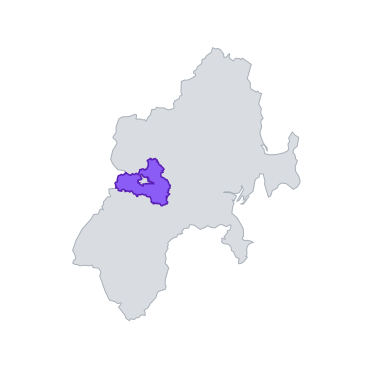 Ukraine, with Kiev highlighted, rotated 293°
{"feature_id": "UKR-321", "entity_name": "Kiev", "entity_type": "Region", "adm_level": 1, "iso_a3": "UKR", "parent_name": "Ukraine", "parent_adm1": "", "projection": "albers", "projection_center": [30.544, 50.332], "detail": "fine", "context": "in_parent", "style": "filled", "palette": "violet", "viewbox_px": 384, "rotation_deg": 293, "n_neighbors": 0, "source": "natural_earth", "source_scale": "10m", "svg_char_len": 9412}
<svg xmlns="http://www.w3.org/2000/svg" viewBox="0 0 384 384"><g transform="rotate(293 192 192)"><path d="M259.6,255.3L263.9,261.1L267.5,264.1L269.2,264.1L273.8,261.6L276.8,262.1L279.4,259.9L286.3,260.8L284.6,264.8L283.9,268.9L275.1,271.0L271.6,268.9L268.1,269.3L266.3,272.3L263.0,274.5L262.0,276.8L255.6,277.1L251.5,279.3L248.4,283.9L245.0,286.8L242.2,287.8L237.7,286.9L234.1,284.2L236.5,275.6L235.3,271.0L232.5,269.0L229.0,268.9L224.3,265.4L219.0,266.0L217.2,264.3L227.7,255.6L230.0,255.2L236.4,250.5L235.0,247.0L232.3,248.0L228.4,245.3L216.3,247.9L208.8,243.8L205.4,243.4L204.5,242.4L208.0,241.3L208.2,239.7L203.3,238.8L200.6,236.9L214.1,238.5L217.6,235.0L213.9,236.4L210.1,235.7L208.7,234.6L207.0,231.2L206.8,226.5L205.1,222.3L203.8,220.9L206.4,227.8L205.9,234.5L200.2,234.2L200.7,231.5L198.1,235.1L193.7,235.3L188.0,237.0L185.7,243.9L178.3,253.5L171.6,256.7L169.3,256.2L168.3,256.9L167.8,259.9L169.0,261.3L169.9,266.1L169.5,268.1L167.2,265.4L164.4,264.2L161.3,264.5L155.7,267.1L153.8,266.6L153.9,268.0L153.4,268.4L148.1,266.9L145.9,265.5L144.2,263.0L145.9,261.9L149.1,261.5L149.1,257.9L153.2,253.5L153.4,251.5L157.0,248.9L158.0,245.8L156.9,241.3L157.4,239.0L161.2,237.5L161.4,241.0L162.3,240.7L163.2,238.9L168.3,240.6L169.9,239.5L172.0,241.8L176.0,241.2L176.9,240.1L173.5,237.3L173.8,232.9L172.8,230.3L167.8,227.0L166.8,223.0L167.3,219.6L164.8,218.2L160.8,214.2L162.2,207.3L161.9,204.7L160.9,202.7L157.6,203.0L155.3,198.9L151.3,198.0L150.2,199.5L149.6,198.1L148.3,198.1L148.4,196.4L147.5,195.8L144.3,195.3L143.6,193.7L140.1,191.3L135.8,189.6L133.5,191.0L132.4,190.6L130.6,192.0L124.5,191.3L120.7,194.2L115.6,195.2L115.0,197.4L113.0,200.2L101.6,201.5L96.6,203.2L95.0,205.0L92.0,205.4L87.3,199.9L85.8,199.4L80.8,200.0L72.7,197.2L68.5,196.8L64.4,194.1L62.9,195.9L59.9,197.0L59.8,195.0L58.6,192.9L55.6,192.0L54.8,190.2L52.2,188.7L51.1,184.9L49.1,184.7L49.8,180.8L52.5,178.3L57.3,169.4L62.0,170.7L62.2,169.7L60.2,167.3L61.0,164.4L60.3,158.4L61.3,156.9L67.2,150.4L78.7,139.9L82.8,139.4L84.8,136.7L85.1,134.6L83.7,130.4L85.7,129.1L85.6,128.5L84.1,126.7L82.7,122.1L80.1,117.4L80.5,115.3L79.6,112.3L79.9,110.1L82.7,109.7L85.0,111.1L87.8,109.4L91.7,104.9L102.3,104.2L115.0,105.4L127.5,109.6L132.9,110.3L135.1,114.2L139.7,114.2L141.0,115.0L141.0,117.3L143.5,114.6L145.8,115.5L148.4,114.4L154.6,116.2L155.3,118.3L156.5,118.8L158.4,116.3L162.2,114.3L165.8,120.3L168.9,119.0L178.0,118.1L180.3,120.0L180.6,121.8L183.8,123.2L185.1,121.1L183.6,115.2L184.4,113.0L187.0,108.0L190.3,104.4L199.1,102.8L207.3,104.0L209.6,102.4L210.7,98.6L211.8,97.7L217.3,98.9L222.3,96.6L230.9,96.2L233.8,98.3L236.9,104.7L241.4,109.3L241.2,110.9L237.4,112.0L237.3,112.8L238.7,114.9L239.4,119.5L240.1,120.0L239.3,122.1L243.5,122.3L246.9,123.7L252.2,122.7L253.8,126.0L256.2,126.3L256.4,128.5L258.6,133.8L258.1,136.6L258.5,138.3L261.5,142.3L262.8,142.7L266.0,140.3L269.5,140.7L272.7,143.6L275.6,143.4L277.6,144.9L279.6,142.8L289.6,139.0L292.3,141.6L292.8,143.4L294.6,145.8L300.3,149.9L301.8,149.2L302.1,147.1L303.3,146.3L306.5,148.2L309.5,148.1L314.0,150.7L317.9,149.5L320.2,152.0L322.8,152.0L328.1,155.2L332.8,154.5L332.9,158.0L334.1,159.4L334.2,162.2L331.4,167.1L328.3,168.9L329.7,171.0L333.6,172.0L333.9,172.7L330.6,173.5L329.4,175.3L328.9,179.0L332.1,179.7L333.5,184.0L333.0,185.5L334.9,186.1L332.6,196.7L317.9,198.6L315.4,203.0L311.1,204.8L309.9,206.2L309.1,212.1L310.5,213.0L309.5,215.5L309.9,217.5L299.0,219.0L296.0,223.1L291.2,224.5L287.4,228.8L285.6,227.7L283.4,227.9L279.0,230.8L274.8,230.9L271.6,232.2L264.9,238.5L261.9,243.8L258.8,245.5L263.0,241.1L263.1,238.9L261.9,237.3L259.4,241.6L255.9,243.7L256.4,248.6L259.6,255.3ZM210.8,246.3L200.9,244.0L199.9,241.3L202.1,243.6L210.8,246.3Z" fill="#d9dde1" stroke="#a8b0b8" stroke-width="1"/><path d="M170.5,117.7L170.9,117.7L171.1,117.9L171.5,118.7L171.7,119.0L173.0,119.2L173.3,119.1L173.7,118.5L173.9,118.4L174.3,118.6L174.5,118.5L175.4,118.1L175.8,118.0L177.9,117.9L178.3,118.0L178.7,118.4L179.5,119.4L180.2,119.7L180.4,119.9L180.6,120.3L180.6,120.7L180.4,121.4L180.5,121.7L181.0,122.3L181.4,122.5L182.1,122.6L182.3,122.8L182.6,123.3L183.3,123.4L183.6,123.7L183.7,124.0L183.9,123.9L184.0,123.8L184.0,124.0L183.4,124.2L183.4,124.3L183.6,124.9L183.6,125.3L183.3,127.0L183.3,128.5L183.4,129.3L183.5,129.4L184.0,129.2L184.4,129.5L184.9,129.6L185.4,130.0L185.6,130.2L185.6,130.7L185.5,131.8L185.5,132.3L186.7,132.8L187.4,133.4L187.3,134.2L186.8,135.3L186.8,135.5L187.1,135.5L187.6,135.4L188.3,136.0L188.5,135.9L188.7,135.6L188.8,135.5L189.7,135.8L190.2,135.5L191.4,135.5L192.0,135.2L192.5,135.8L192.5,136.2L192.5,136.3L193.2,136.5L193.2,136.9L193.8,137.4L194.1,137.8L194.2,138.4L194.2,138.7L194.0,139.0L193.7,139.1L193.6,139.4L193.6,139.6L194.2,140.2L194.8,140.3L194.8,140.5L194.8,140.8L195.0,141.2L195.5,141.3L195.9,141.5L196.4,141.3L197.9,141.6L198.3,141.2L199.4,141.4L199.9,141.2L200.2,141.2L200.6,140.8L201.0,140.7L201.3,140.3L202.3,140.3L202.6,139.9L202.8,139.7L202.8,139.4L203.0,139.1L203.0,138.8L203.4,138.6L203.8,138.6L204.7,139.3L205.6,140.3L206.5,140.3L206.7,140.9L206.7,141.4L206.5,141.5L206.1,141.5L205.8,141.9L205.8,142.1L206.3,142.7L206.4,143.2L206.5,143.4L206.9,143.6L207.5,143.6L207.6,143.8L207.3,144.3L208.4,145.1L208.0,146.2L207.7,146.7L207.9,147.0L207.4,147.8L206.8,147.5L206.5,147.5L206.3,147.6L206.0,148.1L205.9,148.4L205.9,148.6L206.3,149.1L206.3,149.3L206.1,149.5L205.6,150.0L205.4,150.1L205.0,150.1L204.8,150.6L204.1,151.2L204.0,151.3L204.2,151.7L204.3,152.4L204.4,152.9L204.4,153.1L203.5,153.5L203.4,153.7L203.5,154.2L203.4,154.6L203.2,155.1L202.8,155.7L202.8,156.2L202.5,156.6L202.1,157.3L201.9,157.4L200.5,157.1L200.4,157.0L200.3,156.3L200.2,156.2L199.9,156.8L199.8,157.0L199.4,157.1L199.0,156.9L198.8,157.1L198.7,157.5L198.3,157.2L198.2,156.8L198.0,156.5L197.9,156.1L197.6,156.0L197.0,156.2L196.1,156.2L194.9,157.1L194.4,157.2L194.2,157.3L193.7,158.2L194.0,158.5L193.8,159.2L193.8,159.4L194.0,159.5L193.9,160.6L193.6,161.1L193.7,161.7L193.3,162.6L193.0,163.1L193.0,163.5L193.4,163.8L193.4,164.0L193.4,164.5L192.7,165.1L192.2,166.1L191.5,166.5L190.2,167.9L189.8,168.7L189.7,169.4L189.5,169.6L189.3,169.6L189.1,169.3L188.9,169.2L188.5,169.6L188.0,169.4L187.5,169.9L186.7,170.2L186.0,169.4L185.6,169.5L185.0,169.3L184.6,170.0L183.9,169.7L183.7,169.9L183.1,170.1L182.8,169.8L182.5,169.6L182.1,169.5L181.9,169.8L181.8,170.5L181.4,172.2L181.3,172.3L181.0,172.2L180.9,172.0L180.9,171.8L180.7,171.7L177.9,171.1L177.8,170.9L178.1,170.3L178.1,170.2L177.6,170.0L176.9,170.7L177.1,171.2L177.0,171.3L176.5,171.1L175.8,171.0L175.6,171.2L175.5,171.5L174.5,171.6L174.0,172.0L173.6,172.7L173.2,173.2L173.2,173.6L171.7,173.8L171.5,173.7L171.1,173.4L171.0,173.2L171.0,172.9L171.2,172.7L170.5,172.4L170.3,172.1L170.1,172.0L169.6,172.0L168.8,170.5L168.1,170.3L167.8,170.1L167.7,169.6L167.4,169.0L167.4,168.7L167.5,168.5L168.4,167.9L168.5,167.7L168.5,167.1L168.1,166.1L168.1,165.8L168.5,165.6L168.5,165.1L168.4,164.9L167.7,164.5L167.4,164.0L167.4,163.3L167.7,162.7L167.6,162.4L167.4,162.2L166.7,162.1L166.7,161.8L167.2,161.4L167.2,160.9L167.1,160.7L166.2,160.7L166.6,160.1L166.7,159.5L166.7,159.2L166.6,158.7L166.8,158.5L167.2,158.4L167.5,158.1L167.8,158.1L168.4,157.7L169.6,157.0L170.0,156.6L170.2,156.2L170.7,155.9L171.1,155.5L171.3,155.2L171.2,155.0L170.3,153.3L170.3,153.2L170.5,152.8L170.3,151.9L170.3,151.6L170.4,151.4L171.0,151.1L171.3,150.8L171.3,150.7L171.2,150.4L171.1,149.8L170.7,149.5L170.6,149.3L170.7,147.3L170.7,147.1L170.3,146.9L169.9,146.1L169.4,145.9L169.3,145.4L169.1,144.9L169.0,144.3L168.8,143.9L168.6,143.6L168.3,143.5L167.7,143.5L166.9,143.7L166.7,143.7L166.6,143.3L167.1,143.2L167.2,142.9L166.9,142.7L167.5,142.5L167.6,142.3L167.8,141.8L167.8,141.5L167.4,141.2L167.7,140.8L168.0,140.0L167.9,139.8L167.6,139.5L167.5,139.3L167.5,139.2L168.4,137.5L169.0,137.2L169.2,136.8L169.3,136.5L168.9,135.1L168.6,134.9L167.9,134.9L167.7,134.8L167.7,134.6L168.0,132.9L168.0,132.7L167.6,132.2L166.7,130.8L166.4,130.6L166.3,130.2L166.9,130.0L167.4,130.3L167.4,130.1L167.4,128.9L167.8,128.2L167.8,127.9L167.5,127.6L167.0,127.4L166.7,126.7L165.9,126.1L165.6,126.0L165.2,126.6L165.0,126.1L164.8,124.8L164.6,123.8L164.6,123.6L165.0,123.6L165.8,123.1L166.1,122.6L166.3,122.3L166.4,121.8L166.4,120.8L166.3,120.6L166.0,120.7L165.9,120.4L166.3,120.0L166.6,119.9L167.3,120.2L167.6,120.2L168.2,119.0L169.1,118.7L169.6,118.1L169.9,117.8L170.5,117.7ZM187.0,146.8L187.6,146.7L187.6,145.8L188.2,145.8L188.5,145.3L188.0,144.9L188.0,144.5L187.1,143.2L187.1,142.3L187.3,142.0L187.0,141.6L187.0,141.2L187.4,140.7L187.8,140.4L188.4,139.7L188.3,138.4L186.8,137.7L186.4,138.1L186.5,138.7L186.1,139.0L185.7,139.2L185.4,139.9L183.9,139.8L183.7,140.0L183.9,140.5L183.5,140.3L183.2,139.8L182.8,139.4L182.6,138.6L182.2,138.5L182.1,137.8L180.6,137.8L180.6,138.4L179.6,138.5L179.9,139.1L179.9,139.6L179.6,139.1L179.3,139.3L179.4,139.7L179.4,140.1L178.8,140.7L178.7,141.1L178.8,141.6L178.7,142.0L178.6,143.0L178.4,143.4L178.3,144.4L178.5,144.7L178.9,144.6L179.1,143.8L179.8,144.0L180.1,143.8L180.3,143.9L180.6,144.9L181.0,145.4L181.4,145.8L181.8,146.5L181.7,146.9L181.8,147.5L182.3,147.4L182.5,148.4L182.7,148.6L182.8,149.0L183.0,148.8L183.5,149.2L183.3,150.3L183.7,150.3L183.8,151.5L184.2,151.6L184.4,152.3L184.5,153.5L185.4,153.0L185.3,152.6L185.5,152.3L185.1,151.5L185.0,150.8L185.3,150.8L185.5,150.0L185.3,149.1L184.8,147.9L185.0,147.7L184.8,147.3L185.3,147.1L185.4,147.5L185.8,147.4L186.2,147.6L186.5,147.5L186.5,146.7L186.6,146.3L187.0,146.8Z" fill="#8b5cf6" stroke="#5b21b6" stroke-width="1.5"/></g></svg>